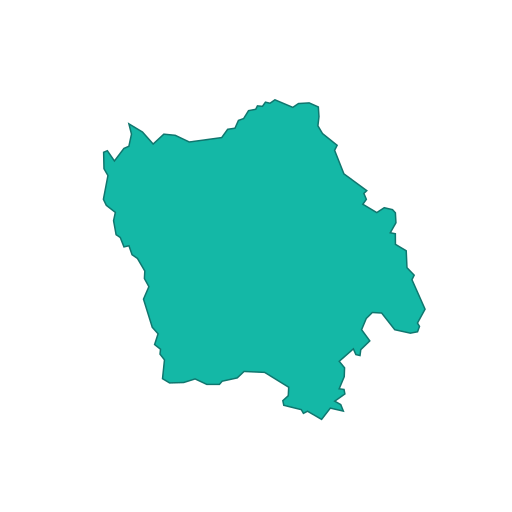 Vinitsa, Vinica, North Macedonia (Mercator projection), rotated 150°
{"feature_id": "65306769B11231402107621", "entity_name": "Vinitsa", "entity_type": "district", "adm_level": 2, "iso_a3": "MKD", "parent_name": "North Macedonia", "parent_adm1": "Vinica", "projection": "mercator", "projection_center": [22.586, 41.86], "detail": "fine", "context": "isolated", "style": "filled", "palette": "teal", "viewbox_px": 512, "rotation_deg": 150, "n_neighbors": 0, "source": "geoboundaries", "source_scale": "gbopen_adm2", "svg_char_len": 1553}
<svg xmlns="http://www.w3.org/2000/svg" viewBox="0 0 512 512"><g transform="rotate(150 256 256)"><path d="M359.9,313.2L359.8,298.6L363.9,292.3L364.1,283.0L375.0,274.9L381.5,246.1L379.7,237.6L388.1,230.0L385.3,223.0L388.2,219.0L387.2,211.8L398.3,196.5L394.3,189.3L381.9,182.6L370.2,180.0L362.8,169.4L351.9,163.1L347.9,164.5L333.2,159.8L324.1,162.0L306.7,150.9L293.3,126.0L297.9,118.9L305.1,117.3L306.6,112.8L293.6,100.3L293.6,96.0L289.0,95.8L280.9,81.7L267.7,87.1L257.9,78.0L256.9,84.9L260.4,90.9L248.0,92.1L246.5,96.4L250.4,99.4L239.9,107.4L235.2,114.9L236.6,123.2L218.1,126.9L218.8,120.7L215.7,117.8L212.1,122.5L199.9,125.6L201.4,139.4L191.7,146.8L183.5,148.9L175.7,143.8L172.7,122.8L160.9,112.0L154.0,109.6L149.6,113.3L149.7,117.2L136.2,125.4L132.8,157.5L128.6,160.3L131.1,170.4L123.3,185.4L129.4,196.4L124.2,205.6L128.1,209.0L118.2,214.8L113.7,223.7L114.6,227.9L120.8,233.7L129.7,233.2L137.6,247.4L132.1,249.9L131.3,256.3L127.4,257.2L138.8,283.2L135.1,308.2L130.4,311.3L137.2,328.8L137.3,337.8L131.8,345.2L127.5,353.9L133.4,362.0L143.0,366.8L149.8,366.3L161.5,381.8L167.5,381.3L170.9,384.5L175.6,382.4L179.7,385.3L182.9,383.2L189.8,385.6L198.0,381.2L203.4,382.2L210.3,377.2L217.2,379.9L226.5,375.7L256.8,388.1L265.6,400.9L274.9,407.6L289.1,404.4L292.3,420.1L300.0,434.0L302.9,423.8L311.2,414.6L316.6,415.2L331.1,409.1L332.1,421.5L336.1,422.0L344.0,407.6L344.0,399.7L359.8,381.4L360.3,374.7L356.0,364.1L361.7,357.8L366.5,344.4L364.3,339.9L365.8,329.9L360.9,328.4L362.7,319.1L359.9,313.2Z" fill="#14b8a6" stroke="#0f766e" stroke-width="1.5"/></g></svg>